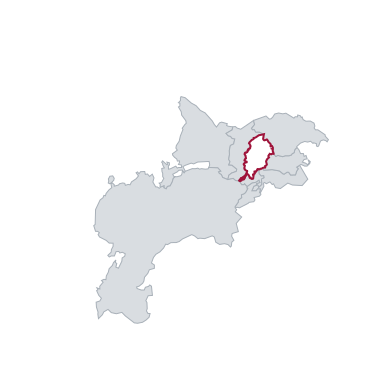 Afghanistan highlighted among its neighbors, rotated 150°
{"feature_id": "AFG", "entity_name": "Afghanistan", "entity_type": "country or territory", "adm_level": 0, "iso_a3": "AFG", "parent_name": "Asia", "parent_adm1": "", "projection": "mercator", "projection_center": [67.565, 33.924], "detail": "fine", "context": "with_neighbors", "style": "outline", "palette": "rose", "viewbox_px": 384, "rotation_deg": 150, "n_neighbors": 8, "source": "natural_earth", "source_scale": "50m", "svg_char_len": 12536}
<svg xmlns="http://www.w3.org/2000/svg" viewBox="0 0 384 384"><g transform="rotate(150 192 192)"><path d="M85.4,161.2L85.3,145.2L93.4,142.5L101.5,147.8L104.6,151.8L113.7,150.8L117.5,154.0L117.3,158.3L118.8,158.4L119.5,161.8L123.5,162.0L124.4,164.0L125.6,163.9L127.0,160.9L133.0,157.2L133.9,157.6L131.2,160.3L133.6,161.9L135.8,160.9L139.6,163.1L135.5,166.1L131.8,165.8L131.4,164.7L132.0,162.7L127.8,163.7L125.3,168.6L122.6,168.4L121.8,170.3L124.1,171.2L124.8,174.2L123.0,178.3L118.9,177.4L118.9,175.0L111.4,171.3L105.7,166.5L104.1,162.2L103.1,161.4L99.7,161.6L98.4,160.7L98.1,157.4L93.8,155.1L91.1,157.6L88.4,159.0L89.0,161.2L85.4,161.2Z" fill="#d9dde1" stroke="#a8b0b8" stroke-width="1"/><path d="M216.6,211.9L216.9,213.2L215.7,213.9L216.0,216.1L213.7,215.4L209.6,217.9L209.7,219.9L208.0,222.9L207.8,224.6L206.4,227.5L203.9,226.7L203.8,230.2L203.1,231.4L203.4,232.9L201.9,233.7L200.2,228.2L199.3,228.2L198.8,230.4L197.0,228.7L198.0,226.7L199.4,226.5L200.9,223.5L199.1,222.9L193.1,222.5L192.8,220.1L191.3,219.9L188.8,218.4L187.7,220.8L190.0,222.6L188.0,223.9L187.3,225.2L189.2,226.1L188.7,228.2L189.8,230.8L190.3,233.6L189.8,234.9L183.8,235.6L184.0,238.1L182.3,240.1L177.7,242.4L174.1,246.3L168.6,250.6L168.6,252.1L164.2,254.1L162.7,254.3L161.7,256.8L162.5,263.8L161.2,266.9L161.2,272.4L159.5,272.5L158.1,275.0L159.1,276.1L156.2,277.0L155.1,279.1L153.8,280.1L150.8,277.1L148.1,269.3L145.3,264.7L144.0,258.5L141.1,254.0L138.9,243.3L138.9,239.2L138.3,236.0L133.6,238.1L131.4,237.7L127.3,233.5L128.8,232.3L127.8,230.9L124.1,228.0L126.2,225.7L133.2,225.7L132.6,222.7L130.8,220.9L130.4,218.2L128.4,216.6L131.9,212.8L135.5,213.1L138.9,209.3L140.9,205.6L143.9,201.9L143.9,199.3L146.6,197.1L144.0,195.3L141.8,189.4L143.4,187.7L148.2,188.6L151.7,188.1L154.8,184.8L158.2,189.3L157.9,192.5L159.1,194.4L159.0,196.3L156.7,195.8L157.6,200.0L165.2,204.9L163.2,206.5L161.9,209.9L172.1,215.1L176.5,215.5L178.3,217.4L184.6,218.5L187.2,218.5L187.4,213.3L189.3,212.5L189.7,216.0L192.6,217.4L194.6,216.8L199.8,217.0L200.0,214.8L198.8,213.6L201.3,213.2L204.2,210.5L207.9,208.2L210.5,209.1L212.8,207.6L214.3,209.8L213.2,211.3L216.6,211.9Z" fill="#d9dde1" stroke="#a8b0b8" stroke-width="1"/><path d="M154.8,184.8L151.7,188.1L148.2,188.6L143.4,187.7L141.8,189.4L144.0,195.3L146.6,197.1L143.9,199.3L143.9,201.9L140.9,205.6L138.9,209.3L135.5,213.1L131.9,212.8L128.4,216.6L130.4,218.2L130.8,220.9L132.6,222.7L133.2,225.7L126.2,225.7L124.1,228.0L121.8,227.1L120.8,224.6L118.4,222.0L102.9,223.2L104.1,219.1L108.7,217.3L108.4,215.6L106.9,215.0L106.8,211.9L103.8,210.3L100.9,206.2L106.3,208.0L109.4,207.5L111.3,208.0L112.0,207.2L114.2,207.5L118.3,206.0L118.4,202.8L120.2,200.7L122.6,200.7L122.9,199.7L125.3,199.2L126.5,199.6L127.7,198.5L127.6,196.3L128.9,194.0L130.9,193.0L129.7,190.5L132.7,190.6L133.6,189.2L133.4,187.8L135.0,186.1L133.9,182.5L135.8,180.8L146.3,178.4L148.6,180.2L149.6,183.2L154.8,184.8Z" fill="#d9dde1" stroke="#a8b0b8" stroke-width="1"/><path d="M123.0,178.3L124.8,174.2L124.1,171.2L121.8,170.3L122.6,168.4L125.3,168.6L127.8,163.7L132.0,162.7L131.4,164.7L131.8,165.8L133.1,165.7L132.0,167.0L128.5,166.3L128.2,168.7L131.6,168.4L135.6,169.7L141.6,169.1L142.4,172.8L143.4,172.4L145.3,173.4L145.7,177.2L140.3,176.9L138.3,178.7L135.8,179.9L134.5,178.6L134.8,175.3L133.8,175.1L134.2,173.8L132.5,172.9L131.1,174.3L130.3,176.5L128.4,176.5L127.4,178.3L126.3,177.5L124.0,178.8L123.0,178.3Z" fill="#d9dde1" stroke="#a8b0b8" stroke-width="1"/><path d="M133.0,157.2L133.7,155.3L135.8,154.7L141.0,156.2L141.5,153.6L143.3,152.7L147.8,154.5L148.9,154.1L158.9,154.6L160.5,156.2L162.5,156.8L162.0,157.8L157.0,160.1L155.9,161.8L151.8,162.3L150.6,164.9L147.3,164.4L145.1,165.2L142.0,167.2L142.5,168.1L141.6,169.1L135.6,169.7L131.6,168.4L128.2,168.7L128.5,166.3L132.0,167.0L133.1,165.7L135.5,166.1L139.6,163.1L135.8,160.9L133.6,161.9L131.2,160.3L133.9,157.6L133.0,157.2Z" fill="#d9dde1" stroke="#a8b0b8" stroke-width="1"/><path d="M74.4,159.2L75.8,157.8L79.4,156.9L81.5,158.1L83.8,161.4L89.0,161.2L88.4,159.0L91.1,157.6L93.8,155.1L98.1,157.4L98.4,160.7L99.7,161.6L103.1,161.4L104.1,162.2L105.7,166.5L111.4,171.3L118.9,175.0L118.9,177.4L116.4,176.2L115.9,177.7L113.2,178.4L112.6,181.6L110.8,182.8L108.3,183.4L107.6,185.2L105.3,185.7L102.0,184.2L101.7,180.9L99.4,180.8L95.7,177.2L93.2,176.8L89.7,174.8L87.4,174.4L86.1,175.1L83.9,175.0L81.7,177.3L78.9,178.1L78.3,175.3L78.8,171.0L76.3,169.6L77.1,166.8L75.0,166.6L75.7,163.1L78.7,164.1L81.5,162.7L79.2,160.2L78.2,157.8L75.7,158.9L75.4,162.0L74.4,159.2Z" fill="#d9dde1" stroke="#a8b0b8" stroke-width="1"/><path d="M61.9,205.8L60.1,203.9L60.1,201.9L59.1,201.9L59.6,199.2L58.0,196.4L54.1,194.3L51.9,190.7L52.6,187.7L54.2,186.4L54.0,184.1L51.9,182.9L48.1,175.0L48.7,173.7L47.7,169.1L49.9,167.9L50.4,169.5L52.0,171.3L54.2,171.9L55.4,171.8L59.1,168.7L60.3,168.4L61.2,169.6L60.1,171.7L62.1,173.8L62.9,173.6L63.9,176.6L66.9,177.4L69.1,179.4L73.6,180.1L78.6,179.0L78.9,178.1L81.7,177.3L83.9,175.0L86.1,175.1L87.4,174.4L89.7,174.8L93.2,176.8L95.7,177.2L99.4,180.8L101.7,180.9L102.0,184.2L99.8,191.8L101.2,192.4L99.9,194.5L101.2,199.8L103.6,200.5L103.8,202.8L100.9,206.2L103.8,210.3L106.8,211.9L106.9,215.0L108.4,215.6L108.7,217.3L104.1,219.1L102.9,223.2L89.9,220.8L88.6,216.5L87.0,215.9L84.6,216.5L81.4,218.2L77.5,217.1L74.3,214.3L71.3,213.3L66.8,205.0L65.1,205.6L63.1,204.4L61.9,205.8Z" fill="#d9dde1" stroke="#a8b0b8" stroke-width="1"/><path d="M255.2,246.7L252.6,245.6L252.5,242.8L254.0,241.2L257.5,240.3L259.3,240.4L260.0,241.7L258.6,243.1L257.9,245.1L255.2,246.7ZM162.5,156.8L162.2,154.3L164.4,153.2L161.5,145.5L169.4,142.7L171.7,134.5L178.0,136.0L179.8,133.9L179.9,129.2L182.6,128.7L185.0,125.5L186.2,125.1L187.1,128.5L189.7,131.0L194.3,132.8L196.5,136.6L195.2,141.9L196.4,143.9L204.4,145.3L208.3,148.1L210.2,148.6L211.7,152.6L213.5,155.2L223.6,156.1L227.8,155.5L230.9,156.1L235.6,158.7L239.5,158.7L240.9,160.0L244.6,157.7L249.7,156.2L254.4,156.1L258.1,154.6L262.6,150.8L261.1,147.6L262.8,144.7L267.8,146.0L271.0,143.6L275.8,141.9L278.2,138.9L280.4,137.6L285.0,136.9L287.5,137.5L287.8,135.8L285.0,132.5L282.4,131.0L280.0,132.8L276.9,132.0L275.1,132.6L274.2,130.7L278.0,122.2L281.8,124.1L286.3,121.0L286.3,118.8L289.1,113.4L290.9,111.8L290.9,108.9L289.1,107.7L291.8,105.0L295.7,104.1L299.9,103.9L304.7,105.5L307.4,107.5L311.7,118.0L312.9,122.8L318.4,124.4L322.2,127.9L323.4,132.3L328.3,132.3L331.0,130.5L336.3,129.1L334.6,133.3L333.4,135.0L332.3,140.1L330.1,144.5L326.3,143.7L323.6,145.3L324.4,149.1L323.9,154.3L322.3,154.4L322.3,156.6L320.3,154.1L319.0,156.5L314.1,158.3L314.6,160.6L311.9,160.4L310.4,159.1L308.2,162.1L304.7,164.3L302.1,167.0L297.7,168.2L295.3,170.1L291.9,171.2L293.6,169.4L292.9,167.7L295.5,165.0L293.8,162.8L287.4,167.1L285.5,169.8L282.4,170.0L280.7,171.9L282.4,174.6L285.0,175.3L285.1,177.1L287.6,178.3L291.2,175.4L294.0,177.0L296.1,177.1L296.6,179.2L292.1,180.3L290.6,182.4L287.5,184.4L285.9,187.1L289.3,189.2L290.5,193.0L294.6,199.3L294.6,202.1L292.6,203.1L293.3,205.0L295.2,206.2L293.9,212.0L292.1,212.3L284.3,225.0L275.5,231.1L272.0,231.5L270.0,233.1L268.9,232.0L267.1,233.7L262.7,235.4L259.3,235.9L258.2,239.5L256.5,239.7L255.7,237.2L256.4,235.9L252.1,234.8L250.7,235.4L247.5,234.5L245.9,233.1L246.4,231.1L243.5,230.5L242.0,229.2L239.3,231.0L233.7,231.4L230.3,232.7L230.8,236.6L229.1,236.6L228.8,234.3L226.4,235.3L222.7,233.4L223.6,230.6L221.6,229.9L220.9,226.7L217.5,227.3L217.9,223.2L220.9,220.2L220.9,214.6L219.5,213.7L218.5,211.6L216.6,211.9L213.2,211.3L214.3,209.8L212.8,207.6L210.5,209.1L207.9,208.2L204.2,210.5L201.3,213.2L198.8,213.6L197.4,212.7L193.4,211.7L191.7,212.7L189.6,215.3L189.3,212.5L187.4,213.3L180.1,212.1L177.5,210.5L175.1,209.8L174.0,208.0L172.2,207.5L169.0,205.1L166.5,204.0L165.2,204.9L157.6,200.0L156.7,195.8L159.0,196.3L159.1,194.4L157.9,192.5L158.2,189.3L154.8,184.8L149.6,183.2L148.6,180.2L146.3,178.4L145.7,177.2L145.3,173.4L143.4,172.4L142.4,172.8L141.6,169.1L142.5,168.1L142.0,167.2L145.1,165.2L147.3,164.4L150.6,164.9L151.8,162.3L155.9,161.8L157.0,160.1L162.0,157.8L162.5,156.8Z" fill="#d9dde1" stroke="#a8b0b8" stroke-width="1"/><path d="M118.9,177.5L119.8,177.4L120.6,177.5L121.0,177.9L121.4,178.0L121.8,177.9L122.0,177.8L122.3,178.0L122.6,178.0L122.8,178.1L122.8,178.3L123.0,178.6L123.4,179.0L123.8,179.1L124.2,178.8L124.4,178.8L124.5,178.7L124.8,178.3L125.3,178.2L125.6,178.0L125.7,177.9L125.9,177.8L126.0,177.9L126.2,177.7L126.3,177.6L126.5,177.6L126.9,177.8L127.3,178.3L127.6,178.5L127.7,178.4L127.9,178.3L128.0,178.1L128.1,177.7L128.0,177.3L128.1,176.9L128.3,176.7L128.7,176.5L129.3,176.5L129.7,176.5L129.9,176.6L130.0,176.7L130.3,176.7L130.5,176.6L130.7,176.2L130.7,175.8L130.5,175.3L130.6,175.2L130.9,174.9L131.2,174.6L131.6,174.1L131.9,173.5L132.2,173.2L132.7,173.0L133.2,173.2L133.9,173.6L134.1,174.2L134.0,174.9L134.0,175.2L134.1,175.3L134.3,175.3L134.6,175.2L134.8,175.2L134.9,175.4L134.8,175.7L134.7,176.5L134.6,177.1L134.5,177.8L134.5,178.4L134.6,178.8L134.8,179.5L135.0,179.9L135.2,180.1L135.4,180.1L135.6,180.1L136.1,179.8L136.7,179.3L137.4,179.0L138.3,178.8L138.7,178.2L139.1,177.8L140.1,177.3L140.6,177.0L141.0,177.0L141.3,177.1L141.5,177.2L141.8,177.4L141.7,177.6L141.4,177.8L141.5,177.9L141.8,178.0L142.4,177.8L142.8,177.6L143.1,177.6L143.2,177.4L143.4,177.2L143.7,177.2L144.0,177.3L144.3,177.4L144.7,177.3L144.9,177.5L145.2,177.7L145.4,177.9L145.4,178.0L145.0,177.9L144.9,177.7L144.7,177.8L144.4,177.9L143.8,178.3L144.2,178.7L144.3,178.8L144.0,178.9L143.2,179.3L142.7,179.6L142.3,179.5L141.9,179.3L141.7,179.3L140.7,179.4L139.8,179.4L139.4,179.5L138.7,179.5L138.2,179.6L137.9,179.7L137.6,179.8L137.3,179.9L137.0,179.9L136.7,180.1L136.6,180.3L136.0,180.7L135.7,180.9L135.5,181.1L135.4,181.2L135.0,181.1L134.8,181.3L134.5,181.7L134.1,182.2L133.8,182.4L133.7,182.7L133.8,182.8L134.2,183.1L134.3,183.3L134.4,183.5L134.6,183.9L134.7,184.4L134.9,184.6L134.9,184.9L135.0,185.1L134.9,185.3L134.8,185.5L134.9,185.8L135.0,185.9L135.0,186.0L134.8,186.3L134.7,186.5L134.5,186.9L134.2,187.1L133.8,187.6L133.4,188.0L133.3,188.3L133.1,188.4L133.0,188.5L133.2,188.9L133.4,189.2L133.4,189.5L133.4,189.8L133.4,190.1L133.2,190.4L132.6,190.6L132.0,190.8L131.2,190.8L130.9,190.7L130.7,190.7L129.9,190.4L129.6,190.6L129.5,191.0L130.1,191.6L130.3,192.0L130.6,192.7L130.8,193.0L130.7,193.3L130.2,193.6L129.7,194.0L129.0,194.0L128.5,194.1L128.3,194.3L128.2,195.0L128.0,195.3L128.0,195.6L127.9,195.9L127.7,196.2L127.5,196.5L127.5,197.2L127.6,198.4L127.3,198.8L127.0,199.1L126.6,199.4L126.3,199.5L126.0,199.5L125.8,199.2L125.7,199.0L125.5,198.9L125.2,198.9L125.0,199.1L124.6,199.0L124.2,198.9L124.0,199.0L123.6,199.4L122.7,199.8L122.4,199.9L122.2,200.0L122.3,200.2L122.4,200.3L122.7,200.5L122.3,200.8L121.8,201.0L121.3,201.1L120.8,201.0L120.5,200.8L120.1,200.7L119.8,200.9L119.5,201.1L119.2,201.7L119.1,201.8L118.8,202.0L118.5,202.2L118.3,202.6L118.1,203.3L118.2,203.7L118.2,204.4L118.1,204.8L118.0,205.2L118.0,205.4L118.2,205.7L118.1,205.8L117.9,206.0L117.1,206.4L116.2,206.6L115.5,206.8L114.6,207.1L114.3,207.2L113.8,207.2L113.5,207.1L113.1,207.1L112.5,207.1L112.1,207.2L111.7,207.4L111.4,207.5L111.2,207.7L111.2,207.8L110.8,207.6L109.5,207.4L106.0,207.7L105.7,207.7L104.5,207.3L103.0,206.8L102.1,206.5L100.8,206.1L101.7,205.1L102.4,204.2L103.1,203.3L103.8,202.5L103.9,202.2L103.9,201.6L103.7,200.8L103.4,200.5L102.4,200.3L101.7,200.2L100.9,200.1L100.7,199.4L100.7,199.1L100.7,198.6L100.7,198.2L100.8,197.5L100.8,197.2L100.4,195.9L100.2,195.2L100.0,194.4L100.0,194.2L100.0,193.9L100.5,193.2L100.9,192.7L101.1,192.5L101.1,192.3L100.7,192.3L100.3,192.3L100.0,192.2L99.8,192.0L99.7,191.7L99.8,191.2L99.7,190.2L100.0,189.7L100.2,189.4L101.0,189.4L100.7,189.0L100.6,188.8L100.5,188.7L100.7,188.4L100.9,188.3L101.1,188.1L101.2,187.8L101.3,187.7L101.5,187.5L101.6,187.3L101.6,187.0L101.7,186.7L101.8,186.4L101.7,186.1L101.7,185.9L101.7,185.7L101.8,185.6L102.0,185.3L102.1,185.1L102.1,184.9L102.2,184.7L102.2,184.3L102.4,184.3L102.5,184.4L102.7,184.6L103.1,184.9L103.3,185.0L103.6,185.1L104.0,185.1L104.3,185.0L104.5,185.0L104.8,185.3L105.2,185.6L105.3,185.8L105.4,186.0L105.5,186.1L105.7,185.8L106.0,185.8L106.5,185.8L106.7,185.7L106.8,185.7L107.2,185.4L107.6,185.1L107.9,185.0L108.0,184.5L108.1,184.2L108.2,183.9L108.1,183.7L108.1,183.4L108.3,183.4L108.6,183.4L109.3,183.2L109.9,183.0L110.4,182.8L110.7,182.8L110.9,182.8L111.0,182.7L111.2,182.4L111.5,182.2L112.0,181.9L112.5,181.5L112.7,181.1L112.8,180.6L113.0,179.9L113.3,179.0L113.3,178.6L113.5,178.4L113.9,178.1L114.3,177.9L115.0,177.9L115.8,177.9L116.0,177.4L116.1,177.0L116.2,176.8L116.4,176.6L116.5,176.6L116.9,176.9L117.6,177.2L118.3,177.4L118.7,177.5L118.9,177.5Z" fill="none" stroke="#9f1239" stroke-width="2"/></g></svg>